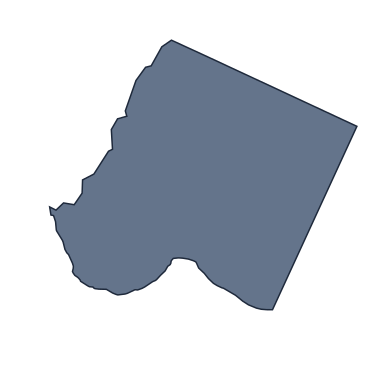 the district of Bon Homme, South Dakota, United States of America, rotated 25°
{"feature_id": "52423323B58231594942255", "entity_name": "Bon Homme", "entity_type": "district", "adm_level": 2, "iso_a3": "USA", "parent_name": "United States of America", "parent_adm1": "South Dakota", "projection": "mercator", "projection_center": [-97.963, 42.966], "detail": "fine", "context": "isolated", "style": "filled", "palette": "slate", "viewbox_px": 384, "rotation_deg": 25, "n_neighbors": 0, "source": "geoboundaries", "source_scale": "gbopen_adm2", "svg_char_len": 1222}
<svg xmlns="http://www.w3.org/2000/svg" viewBox="0 0 384 384"><g transform="rotate(25 192 192)"><path d="M109.2,63.1L103.3,73.1L101.7,94.9L97.2,98.6L94.1,114.6L97.3,146.7L100.9,150.9L93.6,157.1L92.5,169.5L101.9,186.9L99.1,190.3L95.5,217.2L87.7,227.3L92.9,239.5L90.6,253.3L80.2,256.2L76.4,265.9L69.3,265.7L73.9,272.5L76.2,271.9L76.7,272.1L80.9,276.6L85.1,283.8L85.8,284.5L95.0,290.6L96.4,291.9L101.1,297.7L104.2,300.0L106.6,300.9L113.7,307.0L115.8,309.3L116.6,311.3L117.3,314.6L118.8,315.8L121.1,317.1L124.3,317.6L125.6,318.0L127.8,319.0L128.8,320.0L137.1,321.1L139.0,321.2L142.4,320.0L143.9,320.6L144.9,320.6L148.6,319.4L155.5,316.4L162.8,317.1L166.7,316.9L168.3,316.6L174.5,312.7L176.3,311.1L181.6,304.7L184.2,303.7L187.4,300.5L189.3,298.0L194.2,289.9L196.2,287.7L196.9,286.4L198.7,280.7L201.0,274.9L201.4,269.6L202.9,267.0L202.9,265.4L202.4,263.9L202.3,262.8L203.1,260.1L207.6,257.4L211.2,256.0L217.1,254.3L222.2,253.7L224.9,253.7L226.1,254.5L230.2,258.1L235.9,260.0L237.5,260.5L243.5,263.5L250.0,265.7L254.5,266.2L259.6,266.2L261.2,265.9L275.1,267.2L284.2,269.5L290.9,270.4L299.4,270.0L304.3,269.0L309.4,267.1L314.7,264.7L313.7,62.8L149.3,62.9L109.2,63.1Z" fill="#64748b" stroke="#1e293b" stroke-width="1.5"/></g></svg>